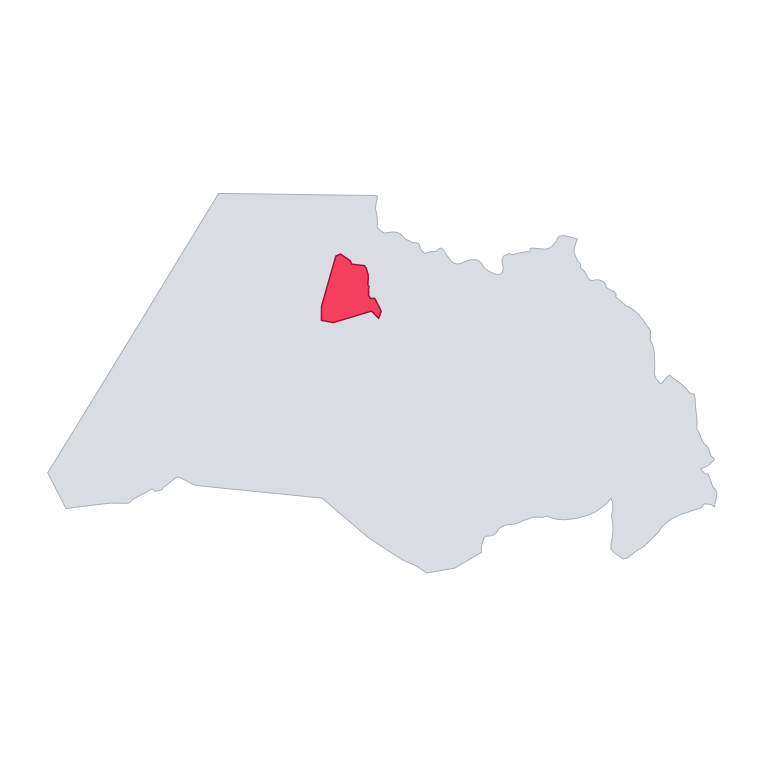 location of Mourtcha, Ennedi, Chad, rotated 271°
{"feature_id": "50815135B12013942151217", "entity_name": "Mourtcha", "entity_type": "district", "adm_level": 2, "iso_a3": "TCD", "parent_name": "Chad", "parent_adm1": "Ennedi", "projection": "natural_earth1", "projection_center": [21.235, 16.282], "detail": "fine", "context": "in_parent", "style": "filled", "palette": "rose", "viewbox_px": 768, "rotation_deg": 271, "n_neighbors": 0, "source": "geoboundaries", "source_scale": "gbopen_adm2", "svg_char_len": 4279}
<svg xmlns="http://www.w3.org/2000/svg" viewBox="0 0 768 768"><g transform="rotate(271 384 384)"><path d="M571.6,215.2L571.7,233.9L571.8,252.6L571.9,271.3L572.0,290.1L572.0,308.8L572.1,327.5L572.2,346.2L572.3,364.9L572.3,371.1L571.9,373.5L571.7,373.9L571.0,374.3L562.5,372.6L558.8,372.5L553.6,373.8L545.9,374.6L541.0,374.3L537.5,377.5L534.9,381.4L536.2,390.7L535.9,393.8L534.8,397.0L532.5,399.7L530.2,401.9L528.8,403.8L527.1,408.0L525.8,410.0L525.9,412.6L525.5,415.4L524.1,416.8L520.6,417.9L518.3,419.1L516.4,421.1L515.2,422.6L515.9,424.5L516.8,427.2L517.3,431.3L517.6,433.8L519.4,435.7L520.5,437.2L520.8,438.9L519.8,440.3L515.5,443.3L513.7,444.5L511.7,446.0L511.0,446.6L507.8,449.4L506.2,451.9L505.4,454.0L505.4,457.0L507.1,461.3L508.8,465.0L509.5,467.8L509.9,470.8L509.8,473.7L508.9,476.3L507.3,478.5L501.3,482.8L498.3,487.5L495.9,493.2L495.4,496.3L496.0,498.4L497.3,500.1L499.0,501.0L501.6,501.3L506.0,500.3L510.0,499.7L514.3,501.8L516.5,506.5L515.6,510.0L517.2,516.4L518.7,524.0L518.6,526.6L519.2,527.5L521.9,528.0L522.5,529.8L521.6,543.2L522.9,547.0L524.7,549.7L526.7,551.1L528.7,552.9L529.8,554.1L532.1,554.4L534.8,556.8L535.5,560.1L535.3,563.2L533.8,570.0L532.6,574.6L531.0,574.3L527.9,573.2L524.1,572.2L519.4,571.4L515.0,573.3L510.2,575.7L508.6,577.5L507.3,578.5L505.2,578.4L503.2,578.7L502.2,580.4L500.4,582.3L493.5,586.2L492.0,587.6L491.1,589.1L491.1,590.6L491.9,593.8L491.8,597.8L490.3,601.0L488.5,603.1L486.4,604.0L484.7,604.4L483.6,605.7L480.0,613.0L478.4,614.4L475.2,614.2L466.1,625.1L465.2,628.3L461.8,632.9L457.6,638.0L453.8,640.4L453.5,641.4L452.5,642.3L450.2,643.4L442.1,649.6L432.4,649.4L428.1,651.8L423.9,652.9L417.8,654.1L416.0,653.9L408.2,654.4L399.0,654.3L395.5,655.1L392.2,657.5L389.8,659.5L389.4,660.2L389.8,661.1L389.7,661.8L396.1,666.8L397.7,669.3L396.1,671.7L395.3,672.1L395.2,672.2L394.1,674.1L390.4,679.8L384.6,686.6L381.7,688.5L380.5,689.7L379.0,694.2L378.0,694.8L374.1,695.4L366.3,695.9L355.6,697.4L349.1,697.8L345.1,697.4L339.4,700.5L337.4,701.3L336.2,701.6L330.6,704.6L325.9,709.2L324.3,710.1L317.7,712.1L315.1,715.3L313.9,715.5L309.7,711.3L306.9,707.5L305.5,703.6L305.3,702.4L304.5,702.6L302.2,704.3L300.2,706.3L299.3,710.0L292.5,712.5L286.7,714.6L284.1,717.3L280.1,718.7L274.9,718.1L270.8,717.0L266.9,716.7L268.8,713.3L269.5,710.8L269.7,707.7L269.5,705.6L267.1,704.6L265.6,702.9L262.3,693.2L258.8,683.3L254.0,673.4L248.7,667.2L244.8,663.3L243.6,662.9L241.6,661.7L240.2,660.5L233.2,653.9L225.9,646.4L224.0,643.0L220.4,637.9L216.3,632.7L214.2,630.3L213.2,626.0L216.1,622.1L219.1,617.2L222.9,613.9L227.7,613.7L235.6,615.1L244.2,615.5L252.6,614.5L254.8,613.8L257.0,613.9L261.6,615.0L269.5,614.8L273.6,612.8L269.2,609.4L264.5,604.0L260.1,598.1L257.4,592.8L255.0,586.0L252.7,577.5L251.4,566.5L251.6,560.3L252.4,555.8L254.8,548.6L253.2,544.4L253.6,540.9L253.4,535.9L252.7,533.3L249.6,524.9L249.0,524.0L246.3,518.1L245.2,508.4L242.1,502.0L237.2,498.9L234.4,495.1L233.5,488.4L231.5,486.6L223.8,484.3L217.3,484.3L212.6,476.7L206.7,467.0L201.1,458.0L197.7,440.0L195.7,429.7L198.1,426.6L202.7,419.2L208.7,405.2L222.2,383.5L229.1,372.3L242.7,355.7L259.5,335.3L268.9,323.8L270.6,302.8L272.4,280.6L273.7,263.9L275.4,244.0L276.8,227.4L277.8,215.2L279.3,198.1L280.4,194.8L287.0,181.3L287.5,179.5L286.3,177.3L277.2,165.8L274.3,163.3L272.7,157.3L275.1,154.0L264.2,134.8L261.5,132.4L260.3,130.1L260.2,126.6L260.2,113.3L257.5,92.5L253.9,68.2L266.9,61.3L276.8,56.0L289.5,49.3L301.0,56.2L317.8,66.1L334.6,76.1L351.4,86.0L368.3,96.0L385.1,105.9L402.0,115.8L418.9,125.8L435.8,135.7L452.7,145.7L469.6,155.6L486.6,165.5L503.6,175.5L520.5,185.4L537.5,195.3L554.6,205.3L571.6,215.2Z" fill="#d9dde1" stroke="#a8b0b8" stroke-width="1"/><path d="M449.7,377.4L450.0,377.6L451.3,378.1L453.0,378.8L454.0,379.0L454.6,379.1L456.2,379.9L459.8,378.5L460.3,378.2L463.8,376.3L465.2,375.5L466.2,375.0L469.4,373.2L469.4,371.2L469.4,369.3L469.4,369.0L472.1,367.3L472.6,367.0L476.2,367.1L478.5,366.8L480.4,367.3L481.0,367.4L481.9,366.8L483.0,366.1L486.1,366.2L490.3,366.5L490.7,366.4L493.3,366.2L496.4,365.2L496.8,365.0L499.2,364.3L499.3,364.2L499.5,364.2L500.8,363.3L502.0,362.5L503.3,349.6L506.7,348.1L513.2,338.2L511.2,333.9L511.0,333.6L460.7,320.2L446.6,320.3L444.5,332.0L450.5,350.9L456.7,370.2L452.7,374.3L449.7,377.4Z" fill="#f43f5e" stroke="#9f1239" stroke-width="1.5"/></g></svg>